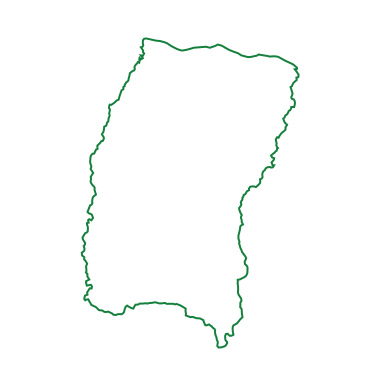 Estreito, Maranhão, Brazil (Albers equal-area conic projection), rotated 84°
{"feature_id": "56859067B74339970146751", "entity_name": "Estreito", "entity_type": "district", "adm_level": 2, "iso_a3": "BRA", "parent_name": "Brazil", "parent_adm1": "Maranhão", "projection": "albers", "projection_center": [-47.169, -6.764], "detail": "fine", "context": "isolated", "style": "outline", "palette": "green", "viewbox_px": 384, "rotation_deg": 84, "n_neighbors": 0, "source": "geoboundaries", "source_scale": "gbopen_adm2", "svg_char_len": 5253}
<svg xmlns="http://www.w3.org/2000/svg" viewBox="0 0 384 384"><g transform="rotate(84 192 192)"><path d="M62.2,111.4L63.1,113.0L63.3,114.6L63.9,120.2L63.6,122.5L61.2,128.8L58.8,131.7L56.8,136.0L54.5,140.3L51.9,144.0L50.7,145.5L49.3,147.7L48.1,150.9L49.2,153.8L50.4,159.1L49.0,163.0L48.7,175.2L49.5,179.2L50.0,182.6L50.3,186.3L50.1,187.9L48.3,191.9L44.8,197.2L41.5,201.2L40.2,203.6L38.5,208.1L37.7,212.0L34.9,220.3L34.5,221.7L34.6,223.6L35.9,224.9L38.8,225.4L40.8,225.1L42.3,225.9L42.7,227.7L44.2,226.9L46.2,225.8L47.6,226.2L49.2,225.1L51.3,226.5L50.8,228.6L53.8,226.9L54.8,228.9L53.1,230.1L54.4,230.6L56.7,230.5L57.9,231.0L57.1,232.3L58.4,233.2L59.6,234.7L61.1,235.9L62.4,236.2L63.7,236.0L64.9,236.7L65.7,238.8L67.3,241.4L69.4,241.9L72.2,243.0L74.3,243.6L75.3,244.5L76.0,245.9L77.1,246.6L78.2,247.7L79.7,247.9L80.4,249.3L82.6,249.5L83.6,251.5L85.0,252.1L87.9,253.5L90.0,254.4L92.5,255.3L93.1,257.3L94.8,259.4L96.0,261.5L96.9,263.1L96.5,264.7L98.0,265.4L99.8,265.8L101.4,265.0L103.0,265.4L105.3,266.2L106.6,265.9L108.0,266.1L109.8,267.2L113.1,267.9L114.1,269.2L117.0,270.3L117.9,272.5L119.7,272.8L122.7,273.7L125.3,275.6L128.2,274.1L129.8,274.1L131.9,275.4L132.0,277.0L133.5,278.1L136.0,281.3L139.3,281.5L139.9,283.1L143.6,285.3L143.5,286.8L144.7,288.3L146.6,289.3L148.5,289.6L151.0,290.2L153.4,290.0L155.4,289.5L156.8,289.6L158.5,290.4L161.0,289.2L162.7,288.3L166.5,291.2L168.1,291.0L170.7,291.7L172.1,291.6L174.0,290.7L177.2,288.4L178.5,288.5L179.8,288.7L184.6,287.8L185.9,290.1L187.1,291.2L189.4,292.0L191.4,292.3L192.9,292.3L194.1,293.2L194.7,294.8L197.3,296.1L200.9,298.0L202.6,296.6L203.1,295.2L204.1,294.0L207.4,293.1L209.6,295.0L208.3,297.1L209.2,298.3L211.7,298.0L211.8,299.6L213.4,299.8L215.5,299.3L217.3,299.3L220.4,299.9L221.3,301.0L221.8,302.6L223.9,304.2L225.8,305.6L227.2,305.6L229.3,304.7L231.5,303.6L233.1,304.0L234.5,305.4L236.9,304.8L239.2,305.3L240.9,308.0L243.7,307.9L245.6,305.9L247.8,306.3L249.0,305.3L250.4,304.6L252.3,303.8L254.9,305.1L259.5,305.2L261.0,305.9L262.5,304.6L265.0,304.9L268.3,303.3L269.7,306.7L271.4,306.8L274.1,306.4L274.0,304.8L273.6,303.2L274.1,301.9L275.5,301.4L277.4,301.9L277.1,303.7L280.9,306.8L283.2,306.7L283.8,309.2L285.8,310.0L287.4,310.3L288.5,309.5L287.9,308.2L287.9,306.3L290.0,305.6L292.0,304.6L293.8,303.9L295.8,300.5L296.9,299.1L299.7,297.0L300.6,293.3L302.0,291.8L302.4,290.4L302.2,287.9L304.4,284.2L305.7,283.2L306.4,280.7L305.8,278.7L305.9,276.7L306.2,274.6L305.1,272.8L304.2,272.1L302.0,271.4L299.2,270.0L298.2,268.4L299.2,267.2L301.3,264.1L301.8,262.5L300.2,261.6L298.2,260.0L298.3,257.5L297.5,255.5L297.7,254.2L297.8,252.8L297.8,249.7L298.3,248.1L297.9,245.5L298.1,243.8L297.8,240.1L299.4,236.1L299.6,233.8L299.5,230.6L300.6,228.7L301.2,222.4L302.0,220.6L301.7,219.1L303.7,215.2L305.6,212.7L307.3,210.5L310.2,210.9L312.1,210.7L314.1,211.1L316.2,206.9L316.3,204.3L317.9,201.0L318.6,197.2L320.6,194.1L322.6,193.8L325.9,192.7L326.1,191.2L325.5,188.9L326.7,187.7L327.6,186.5L328.7,185.9L330.8,183.8L332.1,183.5L334.4,183.8L337.0,183.5L338.8,182.9L341.1,182.8L344.1,182.0L346.6,182.7L348.0,182.9L349.5,181.7L349.5,178.3L348.6,175.0L347.6,174.0L345.9,172.8L344.5,172.9L343.2,174.0L342.0,174.3L338.7,174.1L336.8,173.1L336.7,171.4L338.9,169.6L339.1,167.9L338.3,165.7L335.3,166.0L332.4,165.9L330.1,165.5L328.9,164.6L328.1,162.6L327.2,160.7L323.6,157.3L321.8,154.9L320.4,154.9L318.7,155.1L314.3,154.9L313.1,155.1L311.6,156.1L309.3,155.7L307.1,155.5L305.5,154.2L304.2,154.2L302.9,154.3L301.5,155.1L298.7,156.5L296.7,156.8L294.2,156.4L292.8,156.2L289.8,156.0L287.9,156.2L286.4,155.9L284.1,155.7L284.0,153.7L283.2,151.6L282.1,148.7L280.9,146.9L278.8,145.6L277.6,145.3L273.2,144.7L271.8,144.8L270.5,145.7L269.2,146.9L266.8,146.9L265.7,146.2L263.5,145.0L261.4,145.8L256.8,148.5L254.9,148.9L253.1,149.6L248.1,150.5L246.2,150.0L244.5,150.4L242.7,150.7L240.0,150.3L235.9,148.8L233.0,147.9L231.5,147.7L230.3,146.5L229.6,144.7L227.1,145.7L225.3,145.5L223.8,145.8L222.2,146.0L220.1,144.9L218.1,145.9L214.1,146.9L212.8,146.8L211.1,145.1L209.5,144.2L207.5,144.6L205.9,143.7L205.0,142.7L202.8,142.4L202.0,141.4L200.3,140.9L199.8,139.4L198.7,138.4L197.1,137.4L196.1,135.0L194.7,135.0L192.9,133.7L192.7,131.1L193.0,129.6L193.8,127.9L192.7,126.3L191.4,124.7L190.3,123.4L188.3,123.0L186.4,123.0L186.0,121.3L184.7,120.3L182.2,120.3L180.4,119.9L178.7,118.7L177.7,117.1L176.2,116.3L175.3,114.4L175.3,112.0L176.0,110.6L175.9,109.0L174.0,107.5L173.7,109.1L170.9,109.8L168.6,107.3L166.9,106.8L166.1,108.6L164.0,109.6L162.1,106.9L161.5,105.7L160.5,104.9L159.7,103.4L158.0,103.0L157.3,101.9L156.2,102.7L154.3,103.3L152.5,102.7L150.3,103.1L148.3,103.1L146.4,101.6L147.1,100.3L144.8,98.7L143.2,97.2L142.1,95.9L141.4,94.6L139.8,92.5L137.4,92.2L135.1,90.4L133.7,91.7L132.1,92.7L128.6,93.6L127.5,92.1L125.8,91.3L124.6,89.2L123.0,88.1L121.5,87.3L120.9,85.9L119.5,84.8L117.8,84.3L118.2,81.6L116.0,80.7L114.3,80.3L112.2,80.4L110.5,81.2L109.7,83.0L108.1,83.4L106.5,82.5L104.7,81.7L102.0,82.2L97.9,83.0L97.2,81.5L95.8,80.9L93.9,79.5L92.8,78.0L91.6,76.2L89.1,76.2L88.9,74.3L86.5,73.7L83.2,75.4L80.7,77.0L80.5,74.7L79.1,74.7L77.6,76.3L76.2,77.5L74.7,79.6L71.2,85.5L66.6,92.1L66.2,93.4L65.9,94.8L65.6,96.0L65.5,98.2L65.5,100.1L65.0,101.7L64.4,103.4L64.0,105.1L62.8,109.4L62.2,111.4Z" fill="none" stroke="#15803d" stroke-width="2"/></g></svg>